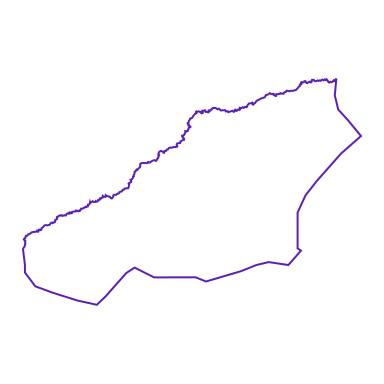 Bayanxutag, Hentiy, Mongolia
{"feature_id": "93677404B3637848484019", "entity_name": "Bayanxutag", "entity_type": "district", "adm_level": 2, "iso_a3": "MNG", "parent_name": "Mongolia", "parent_adm1": "Hentiy", "projection": "mercator", "projection_center": [110.82, 47.205], "detail": "fine", "context": "isolated", "style": "outline", "palette": "violet", "viewbox_px": 384, "rotation_deg": 0, "n_neighbors": 0, "source": "geoboundaries", "source_scale": "gbopen_adm2", "svg_char_len": 5865}
<svg xmlns="http://www.w3.org/2000/svg" viewBox="0 0 384 384"><path d="M212.5,108.2L212.0,109.2L211.2,109.3L210.5,110.6L208.9,110.4L209.1,111.6L208.5,112.3L207.9,112.3L207.3,111.7L206.1,112.0L205.6,111.9L205.4,111.4L205.2,110.3L205.0,110.2L204.0,110.7L202.8,110.7L202.1,110.9L202.0,111.4L202.8,112.5L202.7,113.0L201.8,113.4L201.2,113.1L200.8,112.2L200.4,111.9L199.3,111.8L198.6,111.3L197.4,111.6L196.7,111.4L196.0,111.7L196.0,112.0L196.6,112.5L196.6,112.9L196.5,113.2L195.0,113.7L194.6,114.5L193.6,115.4L192.2,117.7L191.3,118.3L190.1,118.6L190.0,119.4L188.9,120.9L188.6,122.2L187.5,123.3L187.6,123.6L188.8,124.4L188.4,125.5L190.1,126.2L190.5,126.8L190.4,127.1L188.6,128.0L188.2,129.7L187.8,130.2L187.8,130.8L187.5,131.3L185.3,131.0L185.4,132.5L184.7,133.2L184.7,133.9L184.3,134.4L184.1,135.0L183.6,135.4L183.2,135.9L182.8,136.0L182.2,135.6L182.0,135.8L182.2,136.6L183.3,138.3L183.8,138.3L183.8,138.7L184.1,139.1L184.1,139.8L183.1,140.0L180.5,141.3L180.3,141.8L180.4,142.7L180.1,143.1L178.6,143.1L177.0,143.6L176.7,144.2L176.6,144.6L177.4,146.1L177.1,146.7L174.7,147.1L174.0,146.8L173.5,147.2L172.5,147.3L171.8,147.7L171.1,147.8L170.4,147.5L169.0,148.0L168.6,148.3L168.0,149.4L166.8,149.6L166.1,150.9L165.0,150.9L164.4,151.1L164.3,152.4L164.1,152.8L163.4,152.6L163.0,151.8L161.0,150.9L159.4,151.7L159.0,152.2L158.6,153.6L158.3,154.0L159.1,154.9L158.4,155.5L158.7,156.1L158.7,156.6L158.0,157.6L158.0,158.2L157.3,158.7L157.0,159.7L156.4,160.2L156.0,160.9L154.8,160.2L153.9,160.3L152.1,160.9L149.7,162.6L149.1,162.5L148.2,161.9L147.9,162.1L147.6,162.9L147.0,163.2L146.5,163.2L145.7,162.9L144.0,163.1L142.5,162.9L140.5,163.5L140.2,164.3L140.3,165.8L140.0,167.1L138.1,168.9L137.5,169.8L136.6,169.5L136.2,170.0L135.9,170.8L135.7,171.2L134.5,171.8L134.6,173.1L134.4,174.1L133.6,175.3L133.9,175.9L133.9,176.4L132.9,177.0L132.7,178.4L132.1,179.0L131.8,179.4L130.5,179.8L131.3,181.7L130.5,182.5L129.2,183.0L128.6,183.5L129.2,184.7L128.9,185.1L128.9,186.5L128.2,188.2L126.5,188.3L125.9,188.6L125.0,188.4L124.2,189.1L123.8,189.8L122.9,189.8L122.6,190.0L121.8,191.4L120.5,191.7L119.4,192.2L119.3,192.9L118.8,193.4L118.4,193.6L117.4,193.6L116.2,194.9L114.0,194.7L113.5,195.1L113.3,195.5L113.2,196.6L112.0,198.4L111.4,198.4L110.9,198.2L110.5,197.8L110.1,196.9L109.6,196.6L109.1,196.7L107.5,196.1L106.2,196.0L105.7,195.2L105.5,195.6L105.7,196.6L105.5,196.9L104.6,196.7L103.6,197.0L102.8,195.9L102.7,196.1L102.9,197.1L102.7,197.4L101.6,197.8L101.2,198.4L100.6,198.2L99.9,198.4L99.7,198.6L99.8,199.5L99.2,199.5L98.6,200.1L98.1,200.2L98.2,200.8L97.5,201.0L97.0,201.6L96.3,201.8L95.7,201.3L95.5,201.9L95.2,202.0L93.9,201.9L92.6,201.2L91.9,202.0L91.0,202.1L90.6,202.7L90.3,202.6L90.1,202.1L89.9,203.3L89.3,204.3L88.8,204.7L88.0,204.7L88.0,205.3L87.5,205.9L87.8,206.4L87.7,206.5L86.9,206.6L86.2,207.1L85.4,206.8L84.6,207.7L83.7,207.9L82.9,208.5L81.1,208.7L81.1,209.4L80.1,210.1L80.0,210.8L79.8,210.9L79.2,210.7L78.8,211.2L78.4,211.4L77.9,211.2L77.4,210.7L76.5,210.6L76.2,211.0L75.7,210.8L75.6,211.4L72.2,211.8L71.9,212.1L71.9,213.1L71.7,213.4L71.3,213.3L70.7,212.6L69.4,212.3L69.1,212.6L69.5,213.1L69.4,213.6L68.8,213.7L67.8,213.4L66.5,214.0L66.0,215.3L65.4,215.6L64.4,215.2L62.5,215.9L62.2,215.9L61.7,215.2L60.9,215.6L60.0,215.3L59.8,215.6L59.1,215.8L58.3,216.5L57.5,216.6L57.0,216.9L56.9,217.6L57.2,218.9L56.7,219.3L55.3,219.8L55.2,220.0L55.1,221.6L54.6,222.4L53.6,222.4L53.2,222.9L52.8,223.1L52.3,222.5L51.9,222.5L50.5,223.3L50.0,224.5L49.8,224.7L47.5,225.4L46.0,225.1L44.7,225.3L42.3,227.7L41.4,228.4L41.4,229.3L40.9,230.1L40.4,230.2L39.4,229.6L39.0,229.7L38.3,231.7L37.7,231.7L37.1,230.8L36.7,231.7L35.0,231.7L34.4,232.0L33.4,231.9L32.6,232.2L32.0,232.2L30.0,233.7L28.1,234.5L27.4,235.6L25.9,235.8L25.6,236.3L25.5,237.8L24.2,238.7L23.9,239.3L23.8,239.5L24.0,239.8L25.2,240.5L25.3,240.7L25.0,241.2L25.3,242.2L25.1,243.0L25.4,244.0L24.9,244.7L24.8,246.2L23.5,247.9L23.0,249.4L24.9,264.4L25.0,272.6L35.3,286.3L51.7,292.4L77.3,300.5L96.8,304.8L105.7,296.3L126.3,273.0L134.6,267.6L154.1,277.4L195.7,277.3L206.0,281.5L240.9,271.2L256.4,265.0L268.7,262.1L288.4,265.0L301.0,250.6L297.6,248.4L297.6,212.6L305.5,195.4L316.6,181.2L340.9,153.7L361.0,136.0L347.7,119.9L338.2,109.5L334.8,95.3L336.3,79.3L335.9,79.2L335.4,79.4L334.8,81.2L334.4,81.1L333.7,80.4L332.9,81.4L331.9,82.1L331.1,82.2L330.8,81.9L330.4,81.8L329.2,82.6L328.7,82.3L328.5,81.8L328.0,81.6L327.7,80.7L326.7,79.4L326.0,80.1L325.6,80.2L325.4,80.1L325.2,79.4L324.9,79.3L323.5,80.3L322.4,79.6L322.0,79.6L320.7,80.8L319.8,80.4L318.7,80.9L317.6,80.4L316.6,81.0L315.1,81.2L314.4,80.9L313.8,79.9L312.1,79.8L311.6,80.3L311.8,81.0L311.7,81.7L311.2,82.3L310.4,82.4L309.7,81.8L309.3,81.7L307.1,83.2L306.3,82.8L305.7,81.4L305.1,81.1L304.4,81.1L303.9,82.1L302.6,82.6L301.7,82.0L301.2,82.3L301.0,82.8L301.0,83.1L301.4,83.7L301.3,84.3L299.8,84.6L299.8,86.0L298.7,86.8L297.7,88.2L295.7,90.2L294.3,90.3L293.0,90.9L291.0,90.7L289.5,91.3L286.6,90.7L286.0,91.2L285.8,91.9L284.1,92.5L283.8,93.5L283.5,93.8L282.0,93.4L280.9,93.8L280.3,93.2L279.2,94.0L278.6,94.0L277.8,94.3L276.4,94.1L276.1,95.8L275.9,96.1L275.7,96.1L273.6,94.8L273.8,94.1L273.7,93.8L272.1,94.0L270.9,93.9L269.8,93.2L267.9,94.6L265.8,95.1L265.5,95.7L265.3,96.5L264.6,97.3L261.1,98.5L256.9,100.7L256.0,101.5L255.2,102.9L254.2,103.2L253.7,104.2L253.1,104.7L252.8,104.6L252.4,104.2L252.1,102.7L251.2,103.2L249.0,103.5L247.4,105.4L247.1,106.7L246.6,107.2L246.2,107.3L245.4,106.8L244.9,106.8L243.8,107.9L243.4,107.9L242.5,107.3L241.4,108.2L239.9,107.8L240.0,109.4L239.7,109.9L239.3,110.0L238.7,109.5L238.2,109.4L237.8,109.6L237.0,110.6L236.4,110.9L235.9,110.7L235.4,109.6L235.1,109.6L234.7,110.1L234.6,111.3L234.2,111.7L233.5,111.8L232.4,110.8L228.3,112.2L227.7,111.2L225.8,111.4L225.4,110.3L225.2,110.2L223.3,110.2L221.0,110.5L220.5,110.3L220.2,109.7L219.3,109.2L218.8,108.7L218.1,109.2L217.6,109.3L215.5,107.9L213.1,108.0L212.5,108.2Z" fill="none" stroke="#5b21b6" stroke-width="2"/></svg>